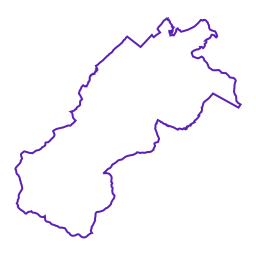 Cotofanesti, Bacau, Romania
{"feature_id": "2599482B84293902870266", "entity_name": "Cotofanesti", "entity_type": "district", "adm_level": 2, "iso_a3": "ROU", "parent_name": "Romania", "parent_adm1": "Bacau", "projection": "natural_earth1", "projection_center": [26.959, 46.124], "detail": "fine", "context": "isolated", "style": "outline", "palette": "violet", "viewbox_px": 256, "rotation_deg": 0, "n_neighbors": 0, "source": "geoboundaries", "source_scale": "gbopen_adm2", "svg_char_len": 5681}
<svg xmlns="http://www.w3.org/2000/svg" viewBox="0 0 256 256"><path d="M107.3,207.8L109.7,205.7L111.0,204.0L111.1,203.0L112.5,200.2L113.9,198.4L114.2,197.6L114.5,195.7L114.3,195.1L112.8,193.8L112.5,192.5L112.2,190.5L112.5,189.4L112.6,187.9L111.7,186.9L111.4,184.8L112.3,183.4L112.1,182.8L111.2,181.9L111.4,181.3L111.4,179.7L111.6,178.9L111.6,178.4L111.7,177.8L111.3,176.2L109.6,174.1L108.8,173.6L106.3,173.1L104.0,173.3L103.8,173.0L107.8,169.1L110.1,168.0L111.5,166.3L112.0,165.1L112.6,164.3L113.5,164.0L116.1,162.3L117.8,160.7L118.9,160.1L121.9,159.5L125.4,156.9L126.5,156.3L129.7,155.4L132.9,154.9L136.2,153.3L136.9,152.4L138.1,152.4L140.2,153.0L142.1,152.6L144.3,152.8L146.0,152.6L146.9,152.1L150.3,151.9L151.4,151.4L153.6,149.7L153.5,148.9L155.0,146.2L154.9,145.5L154.6,144.8L154.4,143.5L155.4,142.7L158.0,142.0L159.1,138.6L157.3,134.8L157.0,133.3L155.2,128.7L155.5,127.2L155.4,125.3L156.3,123.5L156.7,123.4L156.6,122.8L157.8,120.0L160.2,121.3L160.9,122.0L161.6,122.1L163.9,123.8L166.4,124.5L166.9,125.0L166.7,125.4L168.3,126.2L168.7,125.7L173.4,127.3L177.7,129.6L178.3,129.5L178.6,128.8L179.4,128.5L182.6,129.3L183.2,128.6L183.4,128.8L184.5,128.7L184.9,129.0L185.2,128.2L186.1,129.1L186.6,128.8L186.3,128.1L186.7,128.1L187.2,127.5L186.7,127.4L187.0,126.5L189.2,125.6L190.5,125.7L191.0,124.9L190.7,124.3L194.6,122.2L194.1,121.7L194.4,121.2L195.1,120.2L196.3,119.4L197.9,117.7L199.3,115.9L198.4,115.3L201.3,111.7L201.5,111.7L202.1,109.5L201.9,108.6L202.0,108.2L201.7,107.5L202.4,106.9L203.2,104.2L203.2,103.6L204.0,102.1L208.8,98.3L213.0,93.5L238.5,107.6L240.6,104.5L238.1,103.0L236.4,100.9L236.1,96.1L234.9,94.5L234.0,91.7L234.4,88.1L234.6,84.5L235.0,82.7L235.8,81.0L235.2,79.4L233.7,78.0L229.8,77.4L228.3,75.4L226.0,73.2L221.7,72.8L220.3,71.2L218.8,70.0L215.8,70.3L212.9,70.2L208.8,67.5L207.9,64.9L207.0,63.0L204.2,60.2L203.9,58.8L203.0,57.5L201.5,56.6L198.4,58.3L196.3,57.9L193.0,56.5L191.7,53.2L191.9,52.8L191.8,52.3L193.7,50.7L197.1,49.3L198.0,49.5L200.1,48.3L200.3,47.9L200.0,47.0L201.8,46.9L203.1,48.2L203.3,48.1L203.6,47.4L204.5,46.6L205.0,45.2L204.8,44.9L204.7,43.8L206.3,42.7L206.4,40.4L205.5,40.5L206.5,39.5L208.9,38.6L209.7,37.8L210.1,37.8L210.5,37.3L211.2,35.5L211.7,34.8L213.0,34.8L214.3,35.4L214.9,36.5L215.5,36.6L216.1,37.4L216.3,37.4L217.2,36.3L216.0,32.8L215.1,31.4L211.6,30.4L211.1,30.0L210.0,29.5L209.2,28.0L208.9,25.2L208.0,23.7L207.9,22.8L205.8,20.4L205.1,20.0L204.2,19.9L203.5,20.0L202.9,20.6L202.5,20.6L201.6,20.0L200.9,19.9L197.9,23.4L194.8,26.2L193.5,27.0L188.3,29.6L183.6,31.1L181.1,31.7L180.1,30.8L180.1,30.3L178.6,29.8L177.9,28.9L177.8,28.4L177.4,28.4L176.9,29.0L176.3,29.4L176.1,30.6L176.3,31.0L176.2,31.4L173.9,35.3L173.3,35.3L172.9,34.9L170.4,35.5L170.4,34.6L170.0,34.0L169.3,32.0L169.3,30.9L170.1,30.9L170.2,31.3L170.2,31.9L171.0,31.0L171.4,30.9L171.7,31.6L171.4,32.3L171.6,32.7L171.8,32.9L172.0,32.7L172.7,31.1L171.9,30.9L172.6,29.6L172.7,28.7L172.8,27.9L173.2,27.9L173.1,27.3L173.3,27.2L171.9,26.6L172.3,26.0L172.1,25.4L169.9,22.5L170.0,22.1L169.7,21.9L169.7,21.1L169.1,20.6L168.7,19.6L168.4,19.6L168.3,19.9L168.0,19.8L168.2,18.8L167.6,19.6L167.2,19.1L167.4,18.6L166.8,18.8L166.5,18.6L165.9,19.2L163.8,20.7L161.1,24.5L158.7,26.9L157.5,29.0L160.1,32.5L156.1,35.2L153.8,37.2L152.7,36.2L151.9,34.9L140.6,47.0L127.2,36.6L126.0,37.7L124.7,39.7L123.7,40.1L123.4,40.8L122.8,41.4L122.5,42.3L122.0,42.7L118.5,45.8L117.3,46.6L115.2,48.3L113.1,50.4L112.6,51.5L111.2,52.8L109.2,54.1L108.4,55.3L107.3,55.9L102.3,60.9L101.2,61.6L98.7,63.7L97.9,64.7L95.9,65.8L97.1,68.8L96.5,68.6L96.4,68.8L96.2,68.7L96.0,68.9L96.7,69.6L96.6,70.0L96.8,70.3L96.4,70.6L96.4,70.9L96.1,70.7L95.5,71.1L95.5,71.4L95.1,72.0L95.1,72.4L94.1,73.6L94.2,73.8L93.8,74.0L93.4,73.7L92.8,73.8L92.8,74.1L93.1,74.2L92.8,74.3L92.4,74.1L92.0,74.6L91.3,74.8L90.9,75.1L90.8,75.6L90.5,75.6L90.2,76.0L90.2,76.6L89.8,77.0L89.6,77.9L89.8,78.9L89.7,79.2L89.8,79.3L89.6,80.3L89.1,81.3L88.3,82.0L88.5,82.4L86.6,86.3L86.0,86.0L85.1,86.5L83.2,85.3L81.4,87.2L81.0,88.6L79.7,90.7L78.9,93.6L80.0,95.0L82.1,99.1L80.3,101.0L80.1,101.8L80.1,104.9L79.4,105.7L77.1,107.2L76.3,108.5L76.3,109.1L75.1,109.5L74.4,110.5L70.7,111.7L71.7,112.4L72.2,113.2L72.5,114.3L72.9,117.2L73.2,117.9L74.7,119.8L75.6,120.5L75.1,121.2L73.1,123.3L72.2,123.8L70.4,125.7L68.2,125.5L63.2,127.4L57.0,128.8L54.6,129.9L53.1,131.1L54.4,134.0L54.5,135.0L54.2,136.0L53.5,137.1L51.3,139.1L50.0,140.7L48.2,142.2L45.7,142.5L45.4,142.9L45.3,145.3L43.9,146.4L41.9,147.5L41.4,148.4L40.3,149.2L38.9,150.0L36.1,150.6L32.5,153.2L29.6,152.9L24.6,151.4L24.2,151.4L22.5,152.7L21.6,153.4L21.0,154.3L21.0,155.3L22.1,158.5L20.7,160.9L20.7,161.9L19.7,163.5L16.3,167.1L15.7,168.0L15.4,169.1L15.4,169.4L16.1,170.1L16.3,172.4L16.9,174.0L18.3,175.2L19.6,177.6L20.0,179.9L20.6,181.2L20.8,182.8L21.4,184.2L22.2,187.6L22.2,188.9L18.9,194.5L18.6,196.2L18.9,197.5L18.7,198.3L17.7,200.1L17.8,200.9L17.7,201.7L16.7,203.3L18.1,205.4L17.8,206.5L18.3,207.1L18.3,207.6L20.5,209.6L23.6,211.6L24.9,213.1L26.0,213.7L28.3,211.9L30.9,211.5L31.4,211.2L31.8,211.9L32.8,212.6L35.4,212.9L37.7,214.0L40.4,216.6L43.1,217.1L43.5,217.1L44.9,216.1L45.0,218.1L45.3,220.2L45.8,220.9L46.6,221.5L49.9,222.4L51.6,224.2L55.1,225.3L55.8,225.8L57.3,226.0L59.1,227.4L59.8,227.6L61.2,227.7L62.1,227.5L62.6,227.8L64.7,228.1L65.8,229.4L67.1,231.7L67.7,232.3L68.8,232.8L69.4,233.3L70.4,234.8L71.8,235.6L73.0,235.8L74.9,235.5L77.4,234.3L78.2,234.2L79.5,234.8L80.4,235.9L82.0,237.1L82.7,237.3L84.9,237.4L86.9,236.3L88.1,235.1L90.8,233.2L92.0,233.0L91.1,231.5L90.9,230.8L90.9,230.2L91.7,228.3L91.5,227.1L92.7,225.5L95.2,220.3L94.9,219.2L95.5,216.1L95.5,213.9L95.8,213.2L96.6,212.1L97.2,211.9L99.2,211.8L103.0,210.6L104.3,209.7L105.8,208.3L107.3,207.8Z" fill="none" stroke="#5b21b6" stroke-width="2"/></svg>